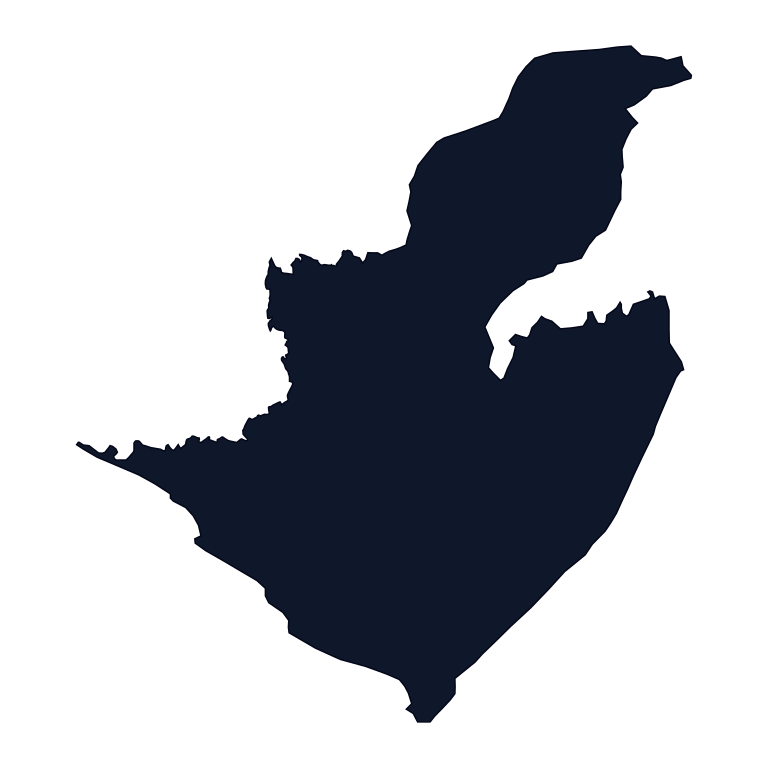 Dugbe River, Sinoe, Liberia
{"feature_id": "62588387B59492535947478", "entity_name": "Dugbe River", "entity_type": "district", "adm_level": 2, "iso_a3": "LBR", "parent_name": "Liberia", "parent_adm1": "Sinoe", "projection": "natural_earth1", "projection_center": [-8.749, 4.981], "detail": "fine", "context": "isolated", "style": "filled", "palette": "ink", "viewbox_px": 768, "rotation_deg": 0, "n_neighbors": 0, "source": "geoboundaries", "source_scale": "gbopen_adm2", "svg_char_len": 6060}
<svg xmlns="http://www.w3.org/2000/svg" viewBox="0 0 768 768"><path d="M664.9,296.5L659.3,296.1L654.6,298.8L652.5,292.0L649.9,290.9L647.8,291.9L651.1,296.1L649.3,298.8L642.5,301.2L633.4,304.3L628.9,314.5L626.6,316.3L622.4,313.2L621.3,308.4L621.3,304.3L620.1,302.2L616.5,308.0L612.1,311.5L606.8,315.2L606.2,321.0L604.4,323.8L597.7,323.4L594.7,318.0L592.1,311.8L587.9,312.5L587.9,318.6L583.2,326.2L571.7,327.9L561.3,328.8L560.5,328.9L551.8,321.2L545.0,318.8L541.5,316.4L537.6,322.2L532.0,327.7L529.7,334.9L527.3,338.0L521.7,336.6L515.5,334.5L509.3,340.7L512.0,344.5L515.8,345.8L513.1,357.5L507.5,368.8L504.3,377.2L504.0,378.0L500.5,380.4L493.7,373.6L488.4,367.7L490.1,357.8L491.4,353.9L493.4,347.9L489.6,338.6L484.8,327.0L491.6,315.0L500.2,303.0L512.9,290.7L524.1,283.5L527.0,280.0L543.0,275.9L552.7,271.5L556.0,265.5L556.8,264.0L571.9,261.2L581.3,258.1L588.7,245.1L595.8,236.2L605.5,230.1L615.0,210.2L620.7,199.4L620.7,191.9L621.3,181.9L620.3,174.4L623.1,167.2L622.2,156.6L621.9,149.4L626.1,138.8L631.1,129.2L637.6,123.0L632.3,117.5L625.2,108.6L634.3,104.8L646.3,96.1L652.5,88.9L670.8,85.5L683.5,80.4L690.8,78.3L691.4,75.3L682.9,65.7L681.4,58.0L681.1,56.7L672.3,59.1L666.7,60.5L661.3,58.1L655.7,57.1L641.3,55.7L631.0,46.1L617.1,47.1L599.4,49.5L596.7,49.7L584.6,50.6L575.8,51.2L553.1,52.9L537.2,57.5L534.7,58.2L526.1,66.7L518.4,76.7L512.8,88.0L509.0,98.6L505.8,105.6L503.1,111.6L499.2,118.1L493.6,120.5L465.3,131.1L444.1,138.0L436.7,142.4L427.3,153.7L418.0,165.5L414.4,176.2L409.4,184.7L410.9,191.9L409.1,201.5L407.0,210.8L409.7,219.3L411.7,225.5L409.4,232.3L407.0,240.2L406.1,245.0L399.9,247.8L395.2,249.5L389.3,251.2L384.6,253.6L381.9,255.3L377.8,252.9L373.1,252.9L367.9,252.7L365.6,259.6L362.6,263.0L359.4,257.9L353.2,256.1L351.7,252.4L350.2,251.0L347.6,250.3L345.8,251.3L343.5,250.7L342.3,252.7L342.3,256.1L339.3,260.6L336.4,264.3L336.8,264.7L336.2,266.1L335.1,266.1L333.7,265.5L332.0,265.6L331.5,264.7L330.6,265.3L328.6,265.2L325.7,264.8L324.4,264.6L322.3,265.1L320.9,265.1L319.4,263.8L317.7,261.6L317.6,260.6L314.7,260.0L313.3,259.7L310.6,257.7L307.6,256.7L304.2,255.2L300.9,254.4L299.6,254.4L299.7,255.4L301.7,257.2L302.0,258.9L301.7,261.1L300.6,262.0L299.9,261.3L299.9,260.2L299.0,259.2L297.3,258.4L296.0,258.4L294.8,261.0L293.2,262.4L291.1,265.0L291.9,265.9L293.0,267.6L293.1,271.3L293.2,274.4L291.0,274.1L287.3,273.5L283.7,273.2L281.4,272.3L281.2,271.0L280.3,268.2L278.3,268.0L276.2,267.4L274.8,265.9L271.3,258.3L269.3,262.0L270.0,265.5L269.1,267.5L268.2,271.7L268.2,274.5L267.3,275.7L266.1,278.5L265.5,280.6L265.3,283.9L265.9,287.2L266.8,289.0L268.9,289.1L270.0,289.6L270.0,291.7L270.2,294.1L269.9,296.7L269.3,298.5L269.9,299.6L269.9,301.0L269.2,302.6L268.6,305.1L268.7,308.2L267.2,310.4L267.2,311.9L267.5,315.9L267.8,318.2L269.0,318.5L271.0,317.7L272.2,317.7L272.2,318.6L271.8,319.4L270.9,320.1L270.2,320.5L269.7,321.6L268.4,323.1L268.3,324.9L268.9,327.3L269.8,329.9L270.3,330.9L270.9,330.0L271.4,328.3L272.7,326.4L273.5,326.3L275.3,328.2L277.0,329.4L279.4,330.2L282.5,330.5L284.3,331.5L284.9,332.9L284.7,337.1L285.0,337.9L286.8,338.8L288.0,339.4L288.4,340.2L288.1,340.8L287.2,341.1L286.6,341.8L286.3,343.3L285.5,344.2L285.2,345.0L287.2,346.5L288.0,347.5L288.3,349.3L288.3,350.7L288.6,351.9L288.6,353.1L287.6,354.1L286.4,354.9L285.7,355.1L285.6,355.9L286.7,356.7L286.6,357.6L285.4,358.6L284.4,358.6L283.5,357.2L283.0,356.8L282.3,357.0L281.7,357.9L281.4,358.9L281.7,360.4L284.2,364.1L285.1,366.8L285.7,368.6L287.5,370.8L288.4,372.5L288.5,373.9L289.3,375.7L289.5,377.6L289.5,381.3L291.9,382.0L292.7,383.0L292.5,384.7L291.7,386.5L290.8,388.2L289.9,389.9L288.1,393.5L287.4,395.6L287.5,396.8L287.8,398.0L288.2,399.9L287.3,401.0L284.5,402.5L281.6,404.8L280.7,402.9L280.0,401.9L278.9,402.3L273.2,405.0L271.9,405.9L270.9,406.7L269.1,406.7L268.5,407.5L268.7,410.0L269.4,413.8L267.2,414.5L264.4,414.3L260.3,415.9L258.6,415.1L257.6,415.6L257.0,417.0L255.9,417.6L252.1,419.6L250.1,418.5L249.2,418.3L248.1,419.8L247.2,421.4L244.9,425.8L243.8,428.9L242.8,430.4L243.0,432.2L243.1,434.1L244.9,436.3L247.3,438.7L247.6,440.1L246.4,440.9L243.6,439.9L241.7,438.9L241.0,439.1L239.6,440.1L237.0,442.4L235.3,442.2L231.5,441.4L228.2,440.6L225.4,438.9L222.7,437.0L221.8,437.1L219.8,438.6L218.0,439.2L217.4,439.6L217.1,442.0L216.5,442.4L210.8,440.2L209.1,439.6L209.6,437.7L209.1,436.8L208.2,437.0L206.1,438.9L203.8,440.5L202.9,441.2L201.1,442.5L199.0,441.9L198.8,441.1L199.4,439.2L199.2,438.0L198.1,437.9L196.5,437.5L195.1,436.7L193.6,436.2L192.2,436.1L190.6,438.0L189.0,438.7L187.4,439.1L186.5,440.0L186.0,442.0L185.6,444.4L185.0,445.0L180.7,448.4L179.7,447.3L178.2,444.6L177.1,446.2L175.6,448.3L173.7,450.5L172.0,449.7L171.1,448.8L169.9,447.5L168.1,444.7L166.5,445.5L165.9,447.0L165.4,450.1L164.6,451.0L162.7,450.5L160.7,449.3L155.4,448.4L150.8,447.6L145.3,445.8L142.6,445.1L140.8,443.0L139.2,441.2L137.7,440.8L135.5,441.0L134.5,442.2L134.0,443.1L134.0,447.5L134.0,450.6L133.3,452.2L131.1,454.7L128.5,457.8L126.0,460.0L121.0,460.0L116.5,460.1L114.4,458.8L113.6,456.1L116.0,454.1L117.4,452.3L116.0,449.1L112.8,446.5L110.1,445.6L108.4,448.1L104.8,452.5L102.3,453.2L98.6,453.0L93.4,449.0L89.1,445.7L83.3,445.0L79.1,442.3L78.3,442.3L76.6,444.7L83.3,449.1L97.2,457.2L138.6,474.8L154.7,483.7L170.4,493.9L170.4,498.1L173.3,501.1L185.7,507.5L193.3,515.9L198.5,525.3L201.0,535.9L194.8,538.8L195.2,543.1L205.8,550.7L223.6,560.9L257.0,580.6L265.4,588.3L265.4,595.9L268.8,602.7L282.9,612.4L288.8,620.5L288.4,627.3L289.1,632.8L315.4,648.1L334.5,656.8L340.6,659.5L365.4,666.3L386.6,674.0L399.3,679.5L401.9,682.6L404.8,686.3L408.4,693.1L411.7,703.7L406.3,709.2L413.2,713.4L417.6,721.9L430.1,721.9L434.7,716.1L442.4,708.2L450.3,699.8L454.9,693.7L455.1,686.8L454.9,678.4L475.0,662.1L482.3,654.0L496.8,640.0L510.4,626.6L530.6,607.9L548.4,589.4L564.7,571.5L567.6,569.2L585.2,554.8L592.2,544.3L605.1,531.1L608.3,526.4L610.5,523.1L616.4,513.3L622.2,500.4L627.4,489.4L633.0,476.5L642.0,457.3L653.3,434.1L655.4,426.3L659.8,415.6L676.0,377.5L680.6,371.0L683.6,369.7L681.4,361.9L673.7,349.9L669.3,343.0L669.0,330.0L669.0,310.5L664.9,296.5Z" fill="#0f172a" stroke="#020617" stroke-width="1.5"/></svg>